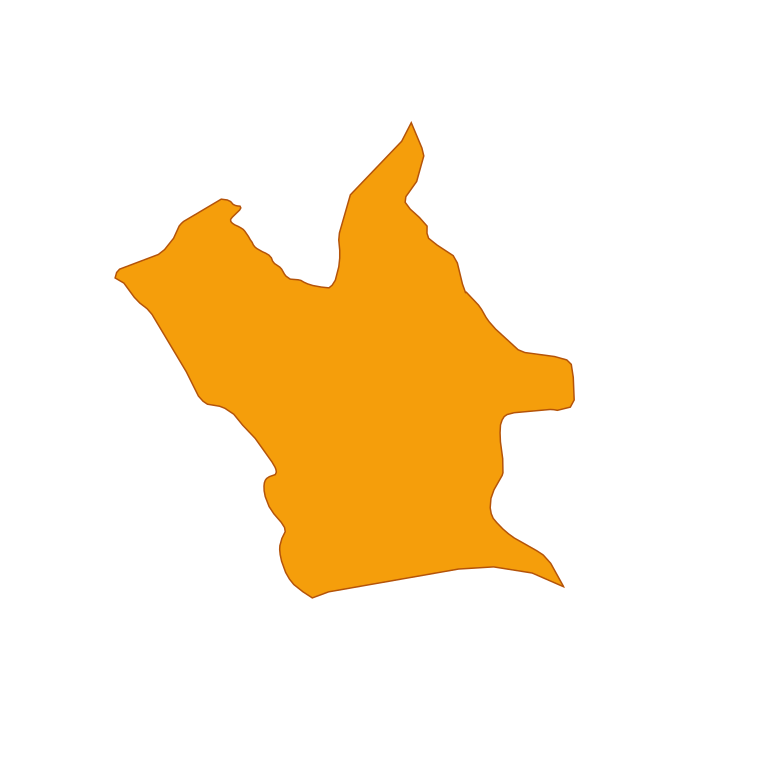 an SVG outline of Bomi, rotated 314°
{"feature_id": "LBR-783", "entity_name": "Bomi", "entity_type": "County", "adm_level": 1, "iso_a3": "LBR", "parent_name": "Liberia", "parent_adm1": "", "projection": "equal_earth", "projection_center": [-10.785, 6.699], "detail": "fine", "context": "isolated", "style": "filled", "palette": "amber", "viewbox_px": 768, "rotation_deg": 314, "n_neighbors": 0, "source": "natural_earth", "source_scale": "10m", "svg_char_len": 2175}
<svg xmlns="http://www.w3.org/2000/svg" viewBox="0 0 768 768"><g transform="rotate(314 384 384)"><path d="M362.9,654.0L350.9,621.8L328.6,589.9L302.6,566.1L196.1,488.6L180.3,481.0L180.3,480.9L178.2,470.0L177.1,458.4L178.0,451.5L180.1,444.2L185.4,433.4L189.1,427.9L192.5,423.9L195.4,421.4L202.0,417.8L209.2,415.5L211.7,412.1L213.1,406.2L214.1,395.0L216.0,386.5L220.5,376.8L223.9,372.0L227.2,368.6L229.8,366.6L232.3,365.5L234.5,365.2L237.7,365.9L243.3,368.7L245.8,367.8L247.4,365.7L248.4,363.6L250.1,357.6L255.4,329.1L256.2,311.0L257.9,296.9L256.0,286.4L253.8,281.2L246.8,271.0L245.9,265.9L246.4,258.9L255.5,233.2L272.9,168.8L273.6,161.3L272.6,152.1L272.9,144.2L275.9,126.8L273.5,116.9L278.5,114.2L282.9,114.0L320.4,131.7L328.2,132.8L342.7,131.4L355.4,126.9L358.7,126.7L361.7,126.9L403.9,138.5L407.5,143.4L408.7,146.9L408.4,150.6L409.1,152.9L410.3,154.9L411.9,156.9L411.2,158.7L408.9,159.3L398.6,159.0L395.9,159.3L394.5,160.8L394.3,163.2L394.8,166.1L396.1,169.7L396.9,172.7L397.4,175.4L397.2,177.9L395.9,184.2L394.9,187.5L394.3,190.7L393.3,193.3L392.9,195.9L393.1,198.4L394.7,204.7L395.9,208.0L396.8,211.8L396.5,215.4L395.0,218.5L394.6,221.6L395.7,227.9L395.5,230.7L393.9,236.0L393.5,238.6L394.3,243.7L399.3,249.8L400.8,252.3L401.6,255.7L403.0,259.6L405.4,264.4L410.2,271.6L414.9,277.6L419.0,278.1L424.8,276.9L437.0,270.0L443.8,264.7L449.4,259.3L456.2,251.4L461.7,247.0L496.7,228.4L570.9,228.1L590.9,222.1L580.1,247.3L575.7,254.2L566.2,259.3L565.7,259.6L552.4,266.8L533.9,269.6L529.4,273.0L528.0,281.4L528.4,293.9L527.5,305.3L522.3,310.2L519.8,314.9L520.8,325.6L524.4,344.6L522.0,352.7L510.4,371.0L506.4,379.1L507.2,379.4L506.4,397.1L505.4,402.4L502.8,411.1L501.8,416.3L501.0,426.1L501.8,456.7L504.5,463.5L522.3,487.7L528.3,498.8L528.2,505.1L520.2,515.6L504.6,531.9L496.8,534.1L485.5,527.0L483.5,524.0L481.1,521.2L453.8,497.6L447.6,493.8L444.1,493.1L440.3,493.9L435.5,496.2L429.5,501.4L423.3,507.9L412.7,521.3L402.8,531.2L400.3,532.5L384.3,536.6L376.0,540.4L368.7,546.4L365.2,551.2L363.2,555.9L362.6,561.5L362.3,570.3L362.7,577.6L363.7,584.7L370.2,609.8L371.6,617.4L370.8,628.5L363.2,653.3L363.0,653.8L362.9,654.0Z" fill="#f59e0b" stroke="#b45309" stroke-width="1.5"/></g></svg>